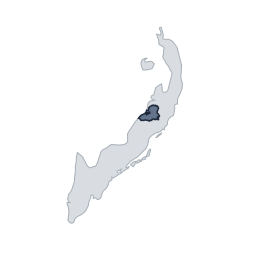 where Cienfuegos sits in Cuba, rotated 103°
{"feature_id": "CUB-1319", "entity_name": "Cienfuegos", "entity_type": "Province", "adm_level": 1, "iso_a3": "CUB", "parent_name": "Cuba", "parent_adm1": "", "projection": "equal_earth", "projection_center": [-80.492, 22.206], "detail": "fine", "context": "in_parent", "style": "filled", "palette": "slate", "viewbox_px": 256, "rotation_deg": 103, "n_neighbors": 0, "source": "natural_earth", "source_scale": "10m", "svg_char_len": 6052}
<svg xmlns="http://www.w3.org/2000/svg" viewBox="0 0 256 256"><g transform="rotate(103 128 128)"><path d="M82.3,84.9L87.4,86.1L91.5,85.8L93.5,85.1L93.3,85.8L95.1,87.6L95.8,87.7L98.5,86.8L105.4,86.5L106.1,87.0L107.4,88.7L109.1,89.8L111.0,90.6L112.9,90.9L114.8,90.5L116.6,90.7L118.9,92.4L119.6,92.6L121.6,92.1L121.0,93.7L124.4,95.9L126.9,100.2L128.7,102.0L130.6,103.6L132.3,104.7L134.1,105.2L139.6,105.0L140.9,105.1L142.0,105.7L143.1,106.0L143.8,105.7L154.4,112.5L157.8,116.1L159.9,117.9L164.4,120.7L166.2,121.3L167.1,120.9L166.9,120.3L165.6,118.8L165.4,118.2L167.1,118.7L170.2,121.8L171.0,122.9L172.5,123.9L174.1,124.7L173.3,125.9L172.1,126.0L169.7,125.5L171.6,127.5L172.0,128.9L172.8,129.0L174.1,127.5L175.0,126.1L178.3,129.5L180.1,131.1L179.7,132.0L179.5,132.9L181.5,132.1L182.3,132.2L183.1,132.7L183.9,134.1L185.7,134.5L187.6,134.4L191.5,135.6L195.2,138.1L198.6,138.6L202.0,138.7L203.8,140.0L204.6,141.8L203.7,143.0L203.3,144.3L204.6,145.9L201.8,146.6L201.4,147.5L201.6,148.6L202.1,149.1L203.7,148.6L206.1,149.1L209.7,149.5L212.2,149.2L217.2,150.2L218.7,150.8L221.7,152.9L223.1,154.2L226.0,157.8L228.6,159.3L230.8,159.6L231.5,159.4L232.9,160.3L233.5,161.9L233.2,163.5L231.3,165.9L228.1,166.0L223.8,166.5L219.5,167.9L217.5,169.1L216.5,169.9L214.3,170.6L214.2,170.0L214.2,169.2L213.6,167.8L213.1,169.1L212.3,170.0L210.9,170.8L205.8,170.9L203.7,169.8L201.5,169.0L193.8,168.3L191.9,168.3L186.8,169.1L181.6,169.6L179.4,170.1L177.3,170.8L173.1,170.8L168.1,171.7L163.2,171.8L166.3,165.8L173.0,160.1L174.2,158.8L175.1,157.2L175.3,156.0L175.0,155.0L173.4,153.2L173.1,151.9L172.6,151.0L170.3,150.3L167.9,149.8L165.4,149.8L160.3,149.2L157.5,149.1L155.2,147.9L151.3,143.5L149.4,142.3L148.5,141.3L147.8,140.2L146.8,133.8L146.0,130.7L144.9,128.1L143.1,126.0L141.2,125.3L134.0,127.1L132.4,126.8L130.7,126.2L119.9,122.1L115.4,119.8L113.6,118.7L112.1,117.1L110.4,114.5L108.6,112.1L108.6,113.1L108.4,113.7L99.3,114.0L97.9,113.4L97.0,112.8L96.3,111.8L95.8,109.9L95.0,108.3L94.7,110.0L94.2,111.6L93.0,112.5L91.6,112.6L90.0,110.5L82.6,110.1L82.0,109.7L79.6,107.7L77.5,105.2L79.6,104.3L83.8,103.1L84.7,102.3L85.3,101.3L84.9,99.8L84.0,98.8L83.2,98.1L82.2,97.7L81.0,97.6L64.7,97.3L63.7,98.1L62.3,99.7L59.4,101.9L57.4,104.1L56.7,105.2L55.8,106.0L53.8,107.4L52.1,109.5L50.0,110.4L48.9,109.9L47.7,109.9L46.9,110.4L46.1,110.6L41.9,110.9L41.3,111.4L40.6,112.9L39.9,115.9L39.3,116.8L37.2,117.2L35.2,118.0L31.1,120.8L30.0,121.2L30.3,119.2L30.1,117.2L28.9,117.1L27.6,117.4L26.5,118.0L24.5,119.5L23.5,119.9L22.5,119.1L22.7,118.1L29.5,114.5L30.2,114.2L31.4,114.5L32.6,114.4L33.5,113.4L32.5,108.6L32.9,105.4L34.5,102.9L37.7,99.1L39.2,97.9L54.6,90.0L56.2,89.6L66.1,88.0L67.7,87.5L72.3,85.1L77.2,84.2L82.3,84.9ZM68.0,126.6L66.1,128.0L62.2,129.9L60.2,130.0L58.1,129.3L56.6,127.6L55.8,126.0L55.9,125.2L57.2,126.5L58.3,127.2L59.2,126.7L59.9,126.0L57.8,120.8L57.9,119.7L59.6,116.8L64.2,117.7L65.0,118.2L65.7,120.0L66.7,121.5L67.9,125.3L68.0,126.6ZM144.9,100.9L147.5,101.4L149.4,101.0L150.3,101.2L151.6,103.4L150.5,103.7L149.6,103.7L148.9,103.3L146.5,103.2L144.9,102.5L144.0,102.0L143.6,101.3L144.9,100.9ZM163.7,116.6L162.9,117.4L162.0,116.2L160.7,115.7L159.2,114.4L158.8,113.0L160.1,112.9L161.6,113.2L164.4,113.9L164.2,115.4L163.7,116.6ZM156.7,107.9L156.3,108.3L155.2,107.3L153.7,106.9L152.8,105.4L151.9,104.8L151.8,104.2L153.2,103.9L154.2,104.0L155.3,105.2L156.0,107.3L156.7,107.9ZM159.6,112.0L158.9,112.1L157.0,111.0L156.4,110.1L157.1,108.8L157.2,107.5L157.5,107.4L157.8,109.0L159.3,109.7L159.4,110.1L160.3,111.4L159.6,112.0ZM130.8,97.9L130.8,98.6L127.4,96.7L126.0,94.7L125.4,94.3L126.3,94.2L130.8,97.9Z" fill="#d9dde1" stroke="#a8b0b8" stroke-width="1"/><path d="M116.2,119.9L115.3,119.5L114.5,119.3L113.9,118.7L112.9,118.3L112.3,117.7L110.1,114.8L110.1,114.7L110.1,114.4L109.9,114.2L109.7,114.3L109.4,114.0L109.3,113.9L109.3,113.5L109.6,113.6L109.9,113.6L110.3,113.5L110.5,113.2L110.2,113.3L110.2,113.1L110.3,112.9L110.4,112.7L110.2,112.4L110.0,112.5L109.8,112.5L109.8,112.1L109.4,112.1L109.2,111.9L109.2,111.6L109.5,111.2L109.0,110.8L108.8,110.6L108.7,110.3L108.5,110.6L108.3,110.7L108.0,110.6L107.7,110.5L107.6,111.0L107.8,111.4L108.4,111.9L108.7,112.4L108.9,113.0L109.0,113.6L108.9,114.3L108.1,113.9L106.5,113.9L106.4,113.6L106.3,113.2L106.3,112.7L106.2,112.5L106.2,112.4L106.0,112.2L105.9,112.1L105.7,112.1L105.3,112.1L105.0,112.2L104.8,112.2L104.7,112.2L104.3,112.0L104.2,112.0L103.9,112.0L103.7,112.1L103.6,112.3L103.4,112.2L103.2,112.0L102.5,111.6L101.9,111.2L101.6,110.8L101.4,110.5L100.6,109.8L100.7,109.3L100.6,109.1L100.6,108.9L100.2,108.8L100.0,108.7L99.9,108.3L100.0,108.1L100.0,107.9L100.1,107.5L100.1,107.3L100.1,107.2L100.0,106.9L100.1,106.7L100.3,106.3L100.3,106.2L100.2,106.0L99.9,106.1L99.7,106.1L99.7,105.9L100.0,105.3L100.1,105.1L100.2,104.7L100.3,104.6L100.2,104.5L100.0,104.4L100.1,104.1L100.4,103.9L100.5,103.8L100.5,103.7L100.8,103.4L101.3,103.1L101.5,102.9L101.8,102.7L102.1,102.7L103.1,103.0L103.3,103.0L103.7,103.0L105.5,103.2L105.7,103.3L105.8,103.3L106.4,103.0L106.5,103.0L106.8,102.9L107.0,102.8L107.1,102.6L107.5,101.6L108.0,101.1L108.8,100.5L109.0,100.2L109.4,100.0L109.5,100.0L110.0,100.5L110.5,100.4L110.7,100.6L110.7,100.9L110.7,101.2L110.6,101.5L110.6,101.8L110.8,101.8L111.0,101.7L111.4,101.5L111.4,101.4L111.5,101.4L111.8,101.4L112.1,100.7L112.2,100.4L112.3,100.4L112.6,100.4L112.8,100.4L113.0,100.2L113.1,100.3L113.2,100.9L113.1,101.1L113.0,101.3L112.9,101.3L112.8,101.5L112.8,101.8L113.1,102.4L113.1,102.5L113.5,102.8L113.6,103.1L113.5,103.3L113.4,103.5L113.5,103.6L113.5,103.8L113.8,104.0L113.7,104.5L113.4,105.0L113.4,105.3L113.6,105.6L114.3,106.5L114.5,106.7L114.8,106.7L115.1,106.6L115.3,106.6L115.4,107.3L115.5,107.5L115.6,107.8L115.7,108.2L116.0,108.6L116.5,108.9L116.3,109.7L116.2,109.9L116.1,110.1L116.1,110.4L116.2,111.4L116.2,111.9L116.2,112.1L116.4,113.1L116.5,113.5L116.6,113.8L117.0,114.2L117.1,114.4L117.1,114.6L117.2,115.3L117.2,115.7L117.2,115.9L117.3,116.2L117.6,116.5L117.7,117.0L117.0,117.9L116.4,118.4L116.3,118.6L116.2,118.7L116.2,118.8L116.2,119.9L116.2,119.9Z" fill="#64748b" stroke="#1e293b" stroke-width="1.5"/></g></svg>